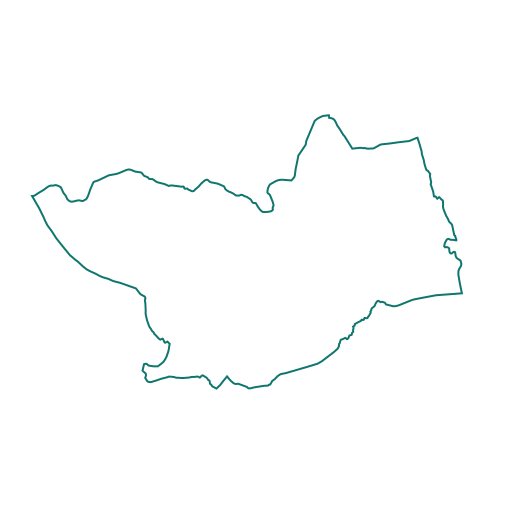 the district of Bang Pahan, Phra Nakhon Si Ayutthaya, Thailand, rotated 253°
{"feature_id": "78962969B12192393501307", "entity_name": "Bang Pahan", "entity_type": "district", "adm_level": 2, "iso_a3": "THA", "parent_name": "Thailand", "parent_adm1": "Phra Nakhon Si Ayutthaya", "projection": "robinson", "projection_center": [100.543, 14.478], "detail": "fine", "context": "isolated", "style": "outline", "palette": "teal", "viewbox_px": 512, "rotation_deg": 253, "n_neighbors": 0, "source": "geoboundaries", "source_scale": "gbopen_adm2", "svg_char_len": 6116}
<svg xmlns="http://www.w3.org/2000/svg" viewBox="0 0 512 512"><g transform="rotate(253 256 256)"><path d="M160.1,442.0L170.1,442.9L178.6,444.0L180.5,444.5L182.6,445.3L184.4,446.7L186.2,448.8L187.5,449.7L188.5,450.1L192.0,450.2L194.7,447.8L195.8,447.3L196.8,447.0L198.0,447.0L201.1,447.5L201.6,447.4L201.9,447.1L202.1,446.1L201.9,445.3L201.3,444.2L201.3,443.5L201.5,443.0L201.9,442.6L202.5,442.4L203.7,442.3L206.7,442.9L207.1,442.8L207.5,442.6L208.4,441.6L208.9,440.7L209.0,439.4L210.3,438.8L213.0,440.3L213.6,440.8L215.8,443.1L216.1,443.8L216.2,444.7L216.0,445.2L214.6,446.9L213.7,449.5L213.1,450.7L212.4,451.9L212.4,452.2L212.6,452.3L213.1,452.4L216.5,452.2L217.1,452.4L217.6,451.9L218.1,451.7L228.1,452.6L228.8,452.5L229.8,452.1L232.5,450.7L235.4,450.4L239.0,449.6L244.2,449.1L246.1,449.0L248.5,449.2L250.9,450.1L254.4,450.9L255.1,450.5L256.1,449.6L256.9,449.4L258.7,448.4L258.7,448.1L257.8,446.1L258.0,445.9L260.0,445.4L260.3,445.2L260.6,444.8L260.8,443.7L261.0,443.6L265.9,444.3L273.5,444.0L274.7,444.8L275.4,445.1L281.8,445.7L283.5,446.6L287.2,445.3L288.2,444.2L290.1,444.0L294.6,444.0L298.9,444.5L304.7,444.4L307.8,445.0L311.2,445.0L314.1,445.1L321.9,445.0L321.9,443.4L321.2,436.8L321.2,435.8L323.0,426.1L324.6,416.1L326.1,408.5L326.1,407.2L324.5,400.0L325.7,395.2L326.3,393.4L326.6,392.8L327.5,391.7L327.6,390.4L328.5,388.6L329.0,387.3L330.5,379.5L344.7,375.7L346.3,374.9L353.5,373.0L357.2,371.8L360.6,371.4L362.8,370.9L364.0,370.3L364.8,369.7L365.9,368.1L366.7,366.4L369.3,366.8L370.3,361.3L370.3,360.1L369.6,355.8L369.0,353.9L368.1,351.7L351.4,337.8L348.0,336.1L347.5,335.6L339.7,325.9L333.3,322.5L327.7,319.4L321.5,316.6L320.3,315.7L319.3,314.3L317.9,312.0L321.4,303.0L321.8,301.2L322.0,298.9L321.8,296.8L320.6,291.3L320.3,290.3L319.8,289.6L318.7,288.5L317.4,287.4L315.9,286.5L313.6,285.5L312.8,285.6L310.6,287.0L309.9,287.2L302.9,287.8L299.7,287.7L299.3,287.6L297.0,285.9L295.7,285.8L295.2,285.5L294.9,285.2L294.7,284.5L294.4,283.2L294.7,280.5L295.4,277.4L296.0,275.6L296.3,275.2L297.1,274.5L298.5,273.7L300.1,273.0L303.4,272.0L306.2,271.4L306.5,271.2L306.9,270.7L307.4,269.2L307.9,268.6L308.6,268.2L310.8,267.7L311.7,267.4L315.3,264.4L316.8,262.2L318.0,261.2L318.7,260.1L318.9,259.3L318.7,257.4L319.7,254.6L322.1,252.7L323.7,251.2L325.3,249.1L327.0,247.5L328.0,246.8L329.2,246.2L331.4,245.9L332.1,245.6L335.2,242.0L336.5,240.3L338.3,237.1L339.3,235.0L340.1,233.9L340.7,233.3L342.6,232.3L343.1,231.8L343.3,231.4L343.4,230.2L343.0,228.5L341.2,224.6L339.1,221.3L337.3,217.1L336.6,216.1L336.4,215.3L336.5,214.0L336.9,213.4L338.6,211.6L339.2,210.8L340.6,209.9L341.1,207.8L341.3,207.4L341.5,207.3L343.2,207.2L343.6,206.9L343.8,206.4L344.1,204.7L344.7,203.7L348.1,196.1L348.5,194.5L348.4,193.6L348.4,193.2L351.5,189.6L355.5,183.0L356.0,182.5L359.7,179.6L360.9,176.5L361.1,176.3L362.8,175.6L365.3,172.5L365.9,172.2L368.7,171.1L369.5,170.5L372.1,165.1L375.0,161.5L375.9,159.9L376.1,158.1L376.1,156.8L375.3,148.8L375.3,146.4L376.1,139.8L376.1,138.2L374.5,127.6L374.4,125.5L374.4,123.6L374.2,122.5L374.0,122.0L368.5,117.3L362.4,112.8L360.4,110.8L360.0,110.1L359.2,106.6L359.3,106.0L360.6,103.8L361.0,102.9L361.3,101.5L361.5,97.5L361.7,96.1L361.9,95.3L362.8,94.0L363.9,93.0L365.8,92.1L368.3,91.8L369.4,91.6L372.7,90.3L378.5,89.5L379.1,89.2L380.9,87.4L381.9,86.0L382.4,85.1L382.5,84.2L382.6,82.6L383.4,80.1L383.4,79.0L383.0,77.1L381.3,72.2L379.7,65.8L378.5,61.8L378.5,60.7L378.8,59.4L365.1,62.6L355.4,64.2L351.4,64.6L346.3,65.5L339.5,67.9L331.3,70.2L320.9,74.3L311.2,78.3L304.6,82.5L303.5,83.5L296.6,87.5L292.8,90.1L290.1,92.7L285.7,97.7L282.7,100.6L280.3,103.5L277.3,108.1L273.8,112.1L270.4,117.7L260.1,131.7L253.5,134.2L252.6,134.9L249.9,137.6L249.2,137.9L247.6,137.8L246.2,136.8L242.9,136.3L236.6,134.7L233.2,133.6L231.0,133.3L226.2,133.0L221.6,133.2L219.4,133.4L216.5,134.3L214.3,134.8L212.9,135.8L211.4,135.9L209.1,137.2L206.9,138.2L204.9,139.2L204.0,140.1L204.3,142.2L204.2,142.6L202.8,143.0L200.5,143.2L199.7,143.6L199.6,143.8L200.0,146.3L197.2,147.8L196.2,147.2L191.8,145.1L189.3,143.5L185.9,141.0L184.2,139.4L181.9,136.7L180.7,134.0L179.2,129.9L180.3,126.2L180.8,125.0L182.6,121.3L183.3,120.8L184.8,119.9L185.0,119.6L185.2,119.0L185.3,117.3L179.6,114.0L179.2,114.1L175.9,116.1L175.4,116.2L174.1,115.9L173.3,115.5L171.8,114.4L168.5,115.3L167.6,115.8L166.9,116.6L166.2,118.3L166.1,119.1L166.1,124.3L166.3,129.4L166.0,135.8L166.1,137.5L165.4,139.5L164.3,142.0L162.7,144.6L162.2,146.4L161.3,148.5L160.6,150.7L159.4,156.2L159.1,159.2L158.3,161.9L158.2,163.1L157.9,164.2L157.7,165.1L157.3,165.7L156.4,166.4L156.2,166.7L156.3,167.2L157.0,168.3L157.4,169.1L157.4,170.2L157.0,170.6L154.2,173.0L153.0,173.7L151.5,174.0L150.8,174.8L150.4,175.1L147.3,174.7L146.9,174.9L145.9,175.6L144.3,176.0L143.0,177.2L140.8,179.5L143.1,184.0L146.2,188.4L149.3,193.1L146.1,194.4L142.9,196.0L142.5,196.5L141.5,196.9L140.9,197.4L140.1,198.2L139.3,199.8L139.2,201.2L138.6,202.2L133.4,209.1L132.0,209.8L131.7,210.1L131.1,211.8L130.9,215.9L129.5,225.9L128.6,229.2L128.7,230.0L129.1,230.6L129.1,231.2L128.9,231.6L129.5,232.7L131.4,234.6L131.8,235.1L132.6,237.6L134.8,241.6L135.7,244.5L135.8,245.6L135.3,250.0L135.0,273.5L135.0,283.4L136.1,288.2L141.4,302.5L143.2,306.4L143.6,307.1L145.4,308.9L147.6,309.7L147.9,310.4L149.2,311.2L150.4,312.0L151.1,312.7L151.2,313.1L151.1,314.5L151.6,317.4L151.1,318.0L150.0,318.5L149.9,319.1L150.4,320.3L152.5,321.9L152.7,322.4L152.6,324.2L152.7,324.5L154.2,325.2L155.0,326.6L155.4,326.9L156.7,327.1L158.7,328.3L160.1,328.2L160.6,330.0L162.0,330.6L162.9,334.7L163.2,337.2L164.1,338.3L164.1,338.7L163.6,339.4L163.5,340.1L163.7,340.6L164.7,341.3L165.0,341.8L165.0,342.1L164.4,342.9L164.2,343.6L164.1,344.1L164.2,344.6L165.4,345.8L165.8,346.8L166.8,347.5L168.2,349.1L168.5,349.2L169.5,349.2L170.2,350.2L171.2,350.7L171.8,351.2L172.2,351.7L173.1,353.9L173.4,354.6L174.2,355.4L175.7,356.6L177.2,358.6L177.4,359.1L177.4,359.6L177.2,360.1L175.5,361.6L175.3,363.3L174.5,364.5L173.6,365.6L173.0,365.8L172.0,366.0L171.5,366.4L170.9,367.5L168.0,372.2L167.4,373.9L167.2,375.4L167.1,378.0L168.2,390.9L168.3,393.1L168.3,393.9L167.6,401.0L165.8,416.8L160.1,442.0Z" fill="none" stroke="#0f766e" stroke-width="2"/></g></svg>